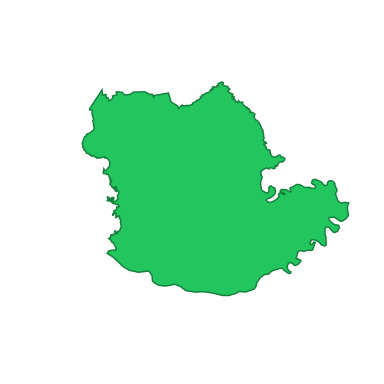 the district of Victoria, Entre Ríos, Argentina, rotated 312°
{"feature_id": "61730980B18675393261940", "entity_name": "Victoria", "entity_type": "district", "adm_level": 2, "iso_a3": "ARG", "parent_name": "Argentina", "parent_adm1": "Entre Ríos", "projection": "albers", "projection_center": [-60.159, -32.751], "detail": "fine", "context": "isolated", "style": "filled", "palette": "green", "viewbox_px": 384, "rotation_deg": 312, "n_neighbors": 0, "source": "geoboundaries", "source_scale": "gbopen_adm2", "svg_char_len": 6085}
<svg xmlns="http://www.w3.org/2000/svg" viewBox="0 0 384 384"><g transform="rotate(312 192 192)"><path d="M89.6,170.0L90.9,177.6L90.5,191.2L91.9,197.9L96.6,206.0L104.1,212.5L104.1,214.8L102.9,218.6L99.8,221.6L99.4,222.7L99.3,224.7L100.5,229.9L103.4,234.1L106.1,236.7L111.3,240.4L112.5,242.1L114.0,246.7L114.6,253.1L115.7,255.2L119.9,261.6L124.4,266.0L126.7,268.8L130.8,275.0L135.5,283.9L139.7,288.6L145.3,292.0L149.9,293.9L153.5,298.7L161.3,303.1L163.9,303.0L168.0,300.9L174.6,300.0L179.5,301.3L182.0,303.8L185.4,303.9L187.6,304.6L194.8,308.9L195.7,310.7L195.4,313.4L196.1,318.1L197.0,319.4L197.7,319.5L198.8,319.1L198.3,316.5L198.8,314.4L200.4,312.6L203.3,311.4L204.6,311.8L205.8,313.2L206.2,314.7L205.8,317.1L206.5,317.9L209.1,319.2L212.8,319.2L213.8,318.9L213.9,317.9L212.4,313.8L217.2,311.1L219.8,310.9L221.0,311.8L222.8,314.8L226.6,317.3L228.5,319.9L229.9,320.4L237.1,317.2L236.5,316.2L233.5,316.2L232.5,315.3L232.5,314.1L236.0,312.9L237.5,313.6L239.2,316.6L239.8,319.8L239.3,323.6L240.6,326.7L241.7,327.2L242.5,327.0L247.8,322.0L250.1,318.6L253.8,315.4L255.3,315.0L257.4,317.0L256.7,323.8L257.3,325.1L260.1,326.4L263.7,325.6L265.3,323.7L265.1,322.6L263.3,320.2L262.7,317.5L263.0,312.4L264.5,311.2L266.4,312.2L268.7,315.0L269.5,321.9L271.9,323.5L275.0,324.2L278.1,324.2L279.7,323.5L283.9,318.3L286.0,316.8L288.7,316.0L287.0,312.9L283.6,310.3L283.1,308.6L283.2,306.1L286.8,299.5L289.3,299.2L290.9,298.1L292.3,294.3L293.9,292.4L294.3,290.0L293.8,288.3L291.9,286.4L290.3,286.3L287.7,287.5L286.1,287.1L285.5,285.5L286.0,281.2L283.9,275.1L281.5,273.7L278.9,274.5L278.4,276.2L279.2,278.0L279.1,279.1L278.3,280.6L276.9,280.8L274.7,278.4L274.2,276.2L270.9,273.0L269.5,266.9L267.4,264.6L263.8,263.7L261.0,262.2L259.7,262.8L259.0,265.0L258.3,265.4L257.4,264.3L256.9,260.8L253.7,256.7L251.8,256.7L251.3,257.5L252.7,260.9L252.8,262.1L252.3,262.6L251.4,261.7L251.0,259.1L249.8,257.7L248.4,257.8L246.2,260.0L240.9,259.3L236.7,257.2L235.6,255.8L235.2,254.0L235.7,252.7L236.9,252.3L240.1,254.1L243.1,254.8L245.6,254.9L248.3,253.9L250.3,250.8L249.4,248.2L249.5,246.7L248.5,246.0L246.7,246.1L244.1,248.6L242.2,248.9L240.9,247.7L239.9,242.5L243.5,238.0L246.0,235.8L249.6,234.6L250.6,233.1L250.7,232.0L251.3,232.0L251.7,230.4L253.1,230.3L254.3,229.3L259.5,231.0L260.6,233.8L261.9,233.7L263.6,235.5L263.6,236.9L265.2,237.7L266.2,236.4L267.1,236.5L267.1,237.4L268.4,236.8L268.9,238.0L270.8,236.9L272.9,237.2L275.2,239.3L278.1,239.3L279.0,238.6L279.0,237.1L277.7,234.3L278.4,232.8L277.3,231.7L275.4,231.3L272.7,229.7L272.1,228.1L272.2,226.8L273.3,223.7L274.2,223.4L274.0,222.3L275.3,221.8L274.1,219.9L273.7,217.9L275.2,217.0L275.1,214.2L275.6,213.9L278.1,214.7L278.3,213.6L276.6,213.0L278.0,212.5L277.7,210.6L280.8,209.1L281.1,207.8L282.5,207.0L283.7,204.9L285.2,203.8L285.1,202.2L285.8,201.5L285.8,200.6L286.4,200.4L287.7,197.5L287.5,196.5L288.6,195.7L288.2,194.3L288.8,193.1L288.3,191.2L288.7,188.3L291.9,186.6L291.6,183.8L289.8,181.8L291.4,181.4L291.2,179.7L292.1,178.6L290.9,177.4L291.9,176.2L291.1,174.8L291.1,171.6L291.4,170.5L292.7,169.6L291.9,168.7L291.3,168.7L290.7,167.7L291.0,165.6L289.6,166.0L289.3,165.2L287.9,164.3L289.1,163.0L289.2,161.8L288.3,160.5L289.5,160.8L290.9,159.5L290.4,158.6L289.4,158.4L289.7,157.8L291.9,157.1L291.3,156.3L291.8,155.7L290.8,153.7L291.3,151.2L293.8,151.2L293.5,149.7L294.4,147.8L292.8,145.9L292.3,142.7L294.1,142.4L294.1,141.3L293.4,140.2L291.5,140.0L291.0,139.1L290.0,138.8L288.6,140.4L287.7,139.5L286.5,140.1L285.5,139.2L285.3,138.2L284.4,138.1L284.2,137.2L282.9,138.3L282.5,137.7L282.3,138.7L281.2,137.8L280.6,138.5L280.2,137.6L279.5,138.2L278.8,137.6L277.1,138.0L274.6,136.0L272.3,135.8L271.4,134.8L269.6,134.8L268.8,135.4L268.2,134.8L267.4,135.5L264.1,135.1L263.1,134.0L261.8,134.3L258.4,132.9L257.2,133.8L253.4,131.3L253.3,130.6L252.9,130.9L250.7,128.1L248.9,126.8L249.5,126.4L244.9,126.0L246.4,123.9L244.9,116.3L249.8,108.3L238.0,99.0L237.0,99.9L238.0,96.6L236.4,95.8L234.9,89.9L226.9,81.5L223.9,81.1L220.0,78.2L219.2,76.5L219.3,73.4L216.7,69.5L215.5,68.8L214.1,71.1L210.1,68.7L209.2,70.3L204.2,69.6L205.8,66.3L204.7,65.3L206.9,62.7L204.3,60.7L207.7,56.8L185.0,60.3L184.6,60.8L185.6,62.6L185.3,63.8L182.9,65.7L182.0,67.2L182.3,67.5L180.6,69.2L180.1,70.5L178.5,70.6L177.1,73.0L175.4,74.3L174.8,75.9L172.2,77.4L167.0,76.4L164.5,75.0L163.1,75.8L161.3,75.2L154.4,78.1L153.4,80.3L152.2,80.9L152.3,82.0L151.1,83.2L151.1,86.2L150.4,86.8L150.3,87.8L151.5,89.8L151.1,90.6L151.8,91.1L151.4,92.0L151.7,94.1L152.8,94.1L153.4,95.0L153.0,95.9L153.6,97.4L153.6,99.0L155.5,99.9L155.9,101.1L159.6,103.2L159.1,104.1L159.6,104.1L160.3,107.9L159.3,110.7L155.8,113.7L154.7,113.4L150.4,113.9L149.6,112.7L150.2,111.0L146.7,113.2L146.6,114.3L148.3,115.8L148.1,117.0L149.0,117.7L147.9,120.1L148.0,121.5L146.6,122.0L147.0,123.0L146.7,124.7L145.7,124.7L145.5,123.8L144.8,124.4L145.0,125.3L143.2,125.4L142.6,126.1L143.0,128.2L142.1,129.0L142.3,130.5L144.1,131.5L142.1,131.6L142.0,133.1L144.1,132.0L144.6,132.4L143.4,134.7L142.0,133.9L141.5,134.7L141.7,135.5L143.3,135.7L143.3,137.1L142.1,138.5L139.6,138.9L138.0,140.4L137.5,141.7L134.2,141.5L132.6,140.4L132.5,139.7L135.4,137.8L135.0,136.8L133.8,136.1L133.3,137.5L132.6,137.6L132.7,136.2L132.1,135.5L132.1,132.6L131.3,132.6L131.3,133.8L128.8,134.9L129.6,135.9L131.0,135.4L131.5,135.9L130.9,136.5L131.4,137.1L130.4,137.5L131.4,138.2L131.2,139.3L130.6,139.4L130.7,141.1L132.8,144.7L132.9,147.1L131.5,147.4L130.7,146.1L129.1,147.2L127.2,147.4L125.8,146.6L125.2,148.0L124.7,147.5L124.3,148.2L123.1,147.7L121.7,148.5L122.0,149.0L123.6,148.5L125.1,149.4L124.8,150.8L123.8,151.0L123.0,152.1L122.2,152.0L122.0,152.5L122.7,153.0L123.9,152.6L125.6,154.1L124.2,155.1L124.4,156.1L123.7,156.3L123.4,158.0L121.4,159.3L119.1,162.4L114.8,164.2L112.9,163.3L111.1,164.3L109.8,162.9L111.4,162.7L112.0,161.4L111.4,160.8L110.7,161.1L111.2,162.0L110.2,162.5L107.1,161.8L106.4,160.9L105.9,161.5L105.5,160.6L103.5,161.9L102.9,161.5L102.7,162.1L101.7,161.5L101.9,164.4L101.0,166.5L101.7,168.0L100.8,169.4L99.8,172.8L99.1,173.0L98.6,174.2L97.3,174.0L96.5,172.6L93.3,170.0L92.5,169.6L89.6,170.0Z" fill="#22c55e" stroke="#15803d" stroke-width="1.5"/></g></svg>